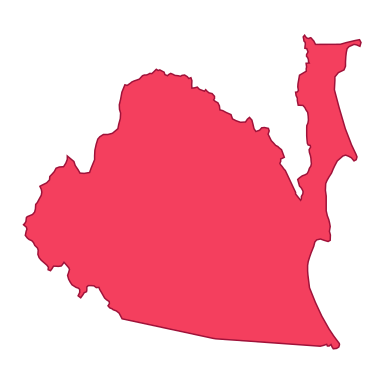 Kuantan, Pahang, Malaysia (Natural Earth projection)
{"feature_id": "92858781B15723972552413", "entity_name": "Kuantan", "entity_type": "district", "adm_level": 2, "iso_a3": "MYS", "parent_name": "Malaysia", "parent_adm1": "Pahang", "projection": "natural_earth1", "projection_center": [103.122, 3.898], "detail": "fine", "context": "isolated", "style": "filled", "palette": "rose", "viewbox_px": 384, "rotation_deg": 0, "n_neighbors": 0, "source": "geoboundaries", "source_scale": "gbopen_adm2", "svg_char_len": 4314}
<svg xmlns="http://www.w3.org/2000/svg" viewBox="0 0 384 384"><path d="M124.9,84.8L121.9,92.2L120.6,99.3L119.3,104.8L119.5,109.4L120.6,113.1L120.3,118.6L118.7,124.4L117.9,128.7L115.8,130.5L112.4,133.3L107.9,134.5L103.4,134.5L99.9,136.7L97.8,139.1L96.2,144.3L94.9,150.2L94.6,155.7L94.6,159.7L91.1,168.2L89.6,172.5L84.2,173.4L80.0,173.1L78.1,169.8L75.2,165.5L73.9,161.5L67.3,156.0L67.3,159.3L65.9,163.0L63.6,166.7L59.3,167.0L56.1,168.2L54.3,171.6L52.1,174.1L49.8,176.5L49.5,179.9L46.6,182.9L42.1,185.1L39.9,186.3L41.3,189.4L41.8,192.1L41.3,195.2L39.1,199.2L37.3,202.6L35.7,204.4L35.4,209.0L34.6,212.1L32.5,214.5L29.6,215.7L27.2,216.7L26.4,217.6L25.9,221.6L24.0,224.6L23.0,224.3L26.4,227.2L26.9,229.3L26.2,231.1L25.3,235.4L27.4,238.1L29.1,239.5L31.8,240.7L33.5,242.6L34.8,245.4L37.4,247.9L38.2,250.1L37.9,254.4L39.1,257.6L41.1,260.1L46.9,265.2L48.4,267.2L48.1,269.7L50.5,270.7L52.0,268.7L53.5,266.2L55.9,266.2L58.4,266.4L61.2,266.0L62.3,264.8L64.0,262.3L66.6,265.2L68.8,267.8L69.5,269.5L68.5,272.9L67.6,275.4L68.6,279.1L70.2,282.1L72.0,284.8L76.1,287.4L78.5,288.2L79.7,289.5L79.7,292.5L78.1,295.8L80.7,297.8L82.9,294.8L84.2,292.7L86.5,291.7L86.8,290.1L86.8,287.0L88.3,285.6L91.2,285.6L93.9,285.8L96.3,287.6L98.9,287.4L99.7,289.5L101.6,292.7L104.6,298.0L106.7,299.9L109.2,301.5L109.4,303.7L108.0,305.8L109.7,307.8L112.4,309.0L113.1,309.7L116.3,310.9L119.1,313.1L121.7,318.0L122.1,318.8L213.3,338.4L215.8,338.8L320.3,346.2L323.5,345.4L326.7,344.3L327.4,346.0L329.1,346.0L331.0,344.5L332.0,346.8L333.3,348.8L336.6,348.4L338.8,347.0L339.5,344.7L339.3,343.5L333.7,336.0L329.1,329.1L321.7,316.0L315.3,302.2L309.5,287.8L307.9,274.9L307.6,270.9L307.6,265.4L308.2,261.7L309.5,257.4L311.1,252.8L313.7,246.4L314.8,242.1L316.6,239.9L320.4,239.0L324.1,240.3L328.1,241.5L330.2,240.3L330.4,235.0L329.4,231.4L330.2,226.5L329.6,223.1L328.8,219.7L327.3,215.7L326.2,210.8L326.2,204.4L326.2,196.1L325.4,190.3L325.7,183.6L327.0,180.5L329.1,176.8L331.5,173.1L333.1,169.2L334.7,165.8L337.3,160.9L342.9,156.0L345.6,155.1L348.7,156.3L351.4,157.8L354.0,160.9L356.2,159.7L357.0,156.9L355.9,154.1L354.6,151.4L353.0,148.0L351.4,144.6L350.3,141.6L345.3,128.7L339.2,107.9L334.4,89.8L334.9,80.3L334.9,76.9L338.4,72.6L344.0,69.9L345.5,66.2L345.5,61.9L345.8,56.7L346.3,52.4L347.1,48.7L349.0,46.6L354.0,44.4L356.4,44.8L359.9,46.3L361.0,42.5L359.5,39.7L355.2,40.5L346.3,42.6L340.3,44.3L315.5,44.4L313.7,40.9L312.4,39.5L311.2,38.0L310.3,37.7L308.9,38.5L307.1,38.2L305.7,36.9L304.6,35.2L303.2,36.9L303.6,38.9L304.0,41.1L305.2,42.4L305.3,44.3L305.0,46.6L304.9,48.3L306.7,48.6L308.0,51.8L307.5,53.0L306.6,54.4L306.5,56.2L307.7,57.7L308.4,59.7L308.5,61.7L309.2,63.0L306.1,63.3L306.6,67.0L306.2,68.7L306.3,71.2L299.5,75.2L298.7,79.7L298.0,83.8L297.8,86.9L298.4,90.5L297.2,92.0L295.6,92.2L296.1,95.6L297.3,98.1L297.3,100.5L298.2,105.2L302.9,105.4L304.8,107.5L306.0,109.9L307.7,112.4L308.2,116.3L308.4,120.1L307.9,123.2L306.8,125.6L306.7,127.7L306.7,133.2L306.7,135.8L307.0,139.9L307.4,143.4L308.2,145.0L310.2,145.4L310.6,147.1L309.1,149.7L309.4,152.4L310.4,155.6L310.9,158.1L311.1,161.1L311.4,163.8L310.8,166.2L309.4,168.3L308.4,171.3L307.2,173.6L305.1,174.8L302.3,175.8L299.4,177.9L297.7,179.5L299.5,186.0L301.1,187.7L302.3,189.7L303.1,191.6L302.8,194.0L301.4,196.4L301.4,198.9L300.6,200.3L295.6,194.0L295.6,192.4L285.3,170.5L283.8,168.9L282.1,166.5L280.5,164.6L279.8,163.4L280.7,161.4L280.7,158.9L281.9,158.5L284.3,157.3L282.4,152.0L281.5,149.7L279.0,147.7L277.8,146.5L275.6,145.4L273.7,143.2L271.3,140.7L268.1,134.2L269.2,130.9L268.4,128.4L264.4,127.5L261.7,127.8L259.6,130.2L255.9,131.5L254.0,128.7L253.0,124.4L251.9,120.1L249.5,117.4L247.4,119.2L245.5,122.0L240.5,122.3L236.0,120.7L232.5,118.9L231.0,114.6L226.2,112.5L222.7,110.6L219.9,109.9L219.4,105.9L217.9,102.8L215.3,101.4L213.6,99.9L214.5,98.5L214.5,96.3L212.1,93.6L208.9,92.8L206.8,91.0L205.7,89.7L204.5,91.2L199.4,89.3L197.3,87.1L194.3,87.9L191.9,88.1L191.7,85.0L191.9,80.7L190.9,77.7L188.8,78.5L187.3,76.7L184.6,75.0L181.9,75.4L180.5,76.3L178.0,75.7L174.9,75.4L173.1,74.4L170.7,73.4L168.6,74.6L167.5,75.7L164.9,74.6L164.1,72.2L159.8,69.9L158.1,70.5L156.3,69.3L154.6,71.0L153.2,72.4L151.8,73.6L149.8,73.4L148.1,74.4L146.4,75.0L144.4,75.0L142.5,75.7L140.8,77.5L139.4,79.1L136.6,80.1L134.0,81.0L131.8,82.0L130.4,83.2L127.2,85.4L124.9,84.8Z" fill="#f43f5e" stroke="#9f1239" stroke-width="1.5"/></svg>